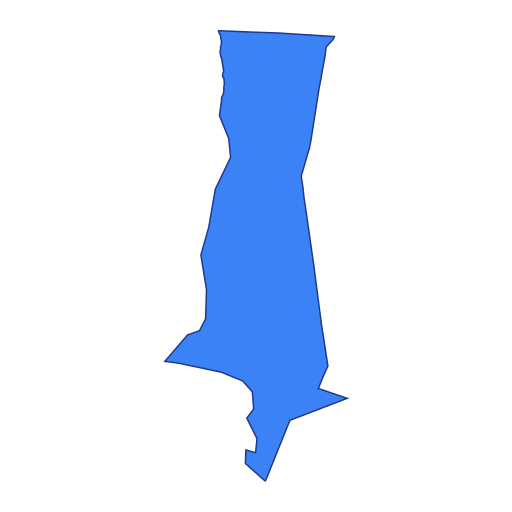 Renk, Upper Nile, South Sudan
{"feature_id": "79223893B54015778886033", "entity_name": "Renk", "entity_type": "district", "adm_level": 2, "iso_a3": "SSD", "parent_name": "South Sudan", "parent_adm1": "Upper Nile", "projection": "natural_earth1", "projection_center": [32.947, 11.291], "detail": "fine", "context": "isolated", "style": "filled", "palette": "blue", "viewbox_px": 512, "rotation_deg": 0, "n_neighbors": 0, "source": "geoboundaries", "source_scale": "gbopen_adm2", "svg_char_len": 1110}
<svg xmlns="http://www.w3.org/2000/svg" viewBox="0 0 512 512"><path d="M265.3,481.2L265.3,481.3L289.9,420.3L347.2,398.3L346.4,398.1L318.4,388.5L322.9,377.1L327.9,366.1L323.8,339.2L321.7,326.1L314.9,274.2L313.9,266.2L305.7,208.9L303.9,196.8L302.9,187.0L301.2,176.2L309.0,149.4L309.4,148.4L310.2,144.0L310.3,143.8L311.1,139.3L319.0,88.8L320.7,79.9L320.8,79.8L322.1,71.8L324.7,57.9L325.9,49.9L326.0,47.5L327.5,45.6L329.6,43.1L331.2,41.6L332.1,40.6L333.2,39.3L334.4,36.5L325.8,36.0L278.3,33.0L252.6,32.1L218.5,30.7L219.2,33.2L220.7,35.8L220.8,38.3L221.5,41.1L221.1,45.6L220.4,47.4L220.6,49.8L220.0,51.7L220.3,54.3L221.7,59.2L222.4,63.1L222.9,66.4L223.7,71.1L222.9,73.3L222.5,75.3L222.7,76.6L223.6,78.0L224.1,79.7L224.3,84.1L223.8,87.5L223.8,91.0L223.5,93.2L222.5,95.6L221.5,97.9L221.6,99.6L219.5,115.7L228.7,138.4L230.6,157.3L215.3,189.2L208.8,227.0L200.9,255.1L206.5,289.6L205.6,318.8L199.5,330.7L187.5,335.0L164.8,361.4L178.2,363.1L221.3,372.2L242.6,380.9L252.3,391.7L253.7,408.9L246.8,418.1L257.0,438.6L255.6,452.7L245.9,450.0L245.4,463.5L265.3,481.2Z" fill="#3b82f6" stroke="#1e3a8a" stroke-width="1.5"/></svg>